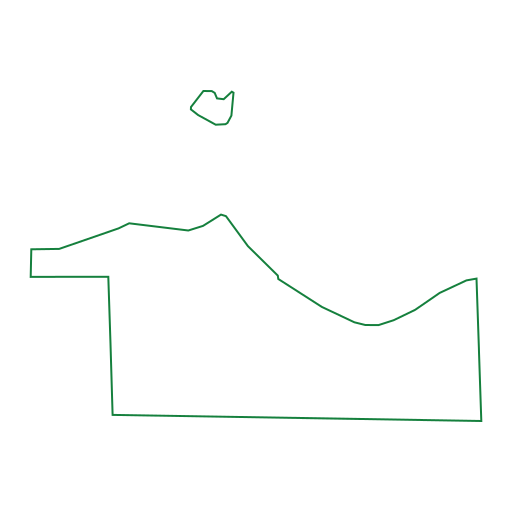 Erie, Ohio, United States of America
{"feature_id": "52423323B39503954322515", "entity_name": "Erie", "entity_type": "district", "adm_level": 2, "iso_a3": "USA", "parent_name": "United States of America", "parent_adm1": "Ohio", "projection": "orthographic", "projection_center": [-82.666, 41.452], "detail": "fine", "context": "isolated", "style": "outline", "palette": "green", "viewbox_px": 512, "rotation_deg": 0, "n_neighbors": 0, "source": "geoboundaries", "source_scale": "gbopen_adm2", "svg_char_len": 693}
<svg xmlns="http://www.w3.org/2000/svg" viewBox="0 0 512 512"><path d="M112.6,414.9L481.3,421.0L479.0,352.2L478.9,348.3L476.5,278.6L466.4,280.4L439.7,292.9L415.2,309.8L393.7,320.2L378.5,325.1L365.3,325.0L354.4,322.3L321.8,306.9L289.4,286.1L278.3,279.0L277.8,275.6L247.9,246.1L228.2,219.2L226.0,216.2L225.5,216.0L221.0,214.6L203.0,225.9L188.3,230.5L129.2,223.3L118.3,228.5L118.2,228.5L59.2,248.9L31.3,249.3L30.7,276.9L67.5,276.8L108.3,276.8L110.5,343.8L112.6,414.9ZM191.0,107.0L190.9,109.4L198.2,115.1L215.7,124.7L225.5,124.2L227.5,122.9L231.4,115.6L233.5,92.7L231.8,91.7L223.7,99.2L217.0,98.4L214.7,92.9L211.8,91.1L203.4,91.0L191.0,107.0Z" fill="none" stroke="#15803d" stroke-width="2"/></svg>